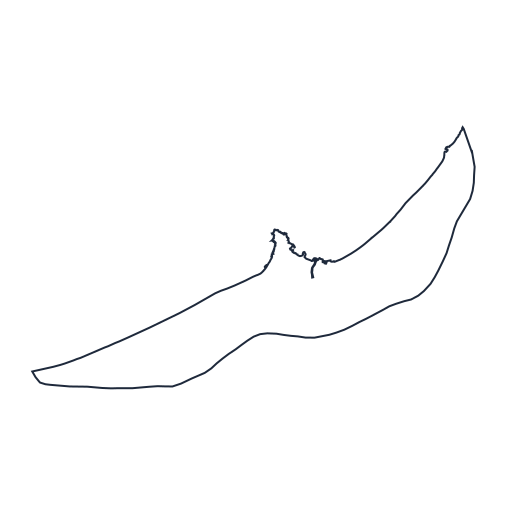 outline of Al Mukalla City, Hadramawt, Yemen, rotated 188°
{"feature_id": "15242507B50581943106199", "entity_name": "Al Mukalla City", "entity_type": "district", "adm_level": 2, "iso_a3": "YEM", "parent_name": "Yemen", "parent_adm1": "Hadramawt", "projection": "natural_earth1", "projection_center": [49.141, 14.533], "detail": "fine", "context": "isolated", "style": "outline", "palette": "slate", "viewbox_px": 512, "rotation_deg": 188, "n_neighbors": 0, "source": "geoboundaries", "source_scale": "gbopen_adm2", "svg_char_len": 5854}
<svg xmlns="http://www.w3.org/2000/svg" viewBox="0 0 512 512"><g transform="rotate(188 256 256)"><path d="M405.0,103.1L389.9,103.9L380.8,104.8L373.6,106.0L359.9,107.9L343.8,111.6L335.3,113.4L327.2,114.3L320.5,115.2L312.5,119.2L302.5,125.8L290.4,133.2L284.6,138.5L280.0,144.2L274.8,149.8L269.2,155.4L263.1,160.8L258.0,165.9L252.7,171.0L247.1,175.8L241.0,179.2L234.0,181.0L224.9,181.9L217.7,181.7L210.3,181.8L203.4,182.2L195.5,182.1L186.6,183.3L172.4,188.2L165.8,191.3L158.3,195.3L151.3,200.0L144.3,205.1L138.0,209.3L123.2,220.0L116.9,224.8L110.6,228.2L102.9,231.9L96.4,234.5L89.8,239.3L84.9,244.6L79.3,252.7L76.1,259.8L73.5,266.8L70.3,276.6L67.7,285.3L66.4,293.2L64.8,301.4L63.5,310.9L61.9,318.3L51.9,342.2L50.6,350.6L50.5,358.8L51.3,366.5L51.9,374.7L56.6,389.3L56.8,389.0L68.0,410.8L69.3,412.3L69.7,411.2L69.4,410.3L69.5,409.5L70.3,408.6L71.3,406.1L71.2,405.6L71.4,404.7L72.2,404.0L72.3,403.7L72.3,402.8L72.6,402.1L73.2,401.5L74.0,400.2L74.0,399.8L75.4,396.7L76.7,394.7L78.5,392.7L79.5,392.0L79.6,391.7L79.5,391.4L79.8,391.0L81.3,390.9L81.8,390.4L82.1,390.5L82.7,390.1L83.3,388.4L83.1,388.3L81.2,388.1L81.0,387.7L81.0,387.0L81.9,386.0L82.0,385.7L83.2,385.8L83.6,385.5L83.8,384.9L83.7,383.2L83.5,381.9L83.6,381.6L83.5,379.9L83.7,378.8L84.7,375.6L88.5,368.4L88.8,368.0L90.4,364.8L92.5,361.5L92.7,360.9L94.0,359.1L96.3,355.1L98.6,351.4L100.2,349.2L100.3,348.9L100.6,348.6L106.1,341.2L109.0,337.7L115.3,329.1L119.3,322.0L122.8,316.8L123.6,315.2L127.7,309.2L127.8,308.7L128.1,308.7L133.6,301.6L135.6,299.2L143.5,290.4L144.0,290.2L144.0,289.9L149.8,283.3L151.6,281.4L153.8,279.2L157.7,275.5L162.2,271.6L170.2,265.4L171.2,264.8L172.1,264.1L173.3,263.5L177.3,261.2L177.9,261.1L178.2,261.3L178.3,261.6L179.8,260.9L180.7,260.9L181.5,261.2L181.6,261.4L181.5,261.8L181.6,262.1L185.4,260.7L185.6,260.5L188.2,260.5L188.2,260.3L186.3,260.2L185.7,260.3L185.4,260.0L185.2,259.6L185.5,258.3L185.6,258.1L187.1,258.3L187.4,259.2L185.6,259.5L189.1,259.2L189.3,260.1L189.4,261.8L190.5,262.1L191.4,262.0L191.9,262.2L192.6,262.8L192.9,262.8L193.9,260.8L194.2,260.6L194.8,260.7L195.4,259.7L196.0,258.4L196.5,255.7L198.1,252.8L198.4,251.7L198.2,249.8L198.2,247.5L196.4,242.9L197.4,242.5L198.0,245.4L198.8,247.7L198.9,251.6L198.8,252.3L197.0,256.1L196.6,258.6L195.6,260.8L195.8,260.8L196.0,260.5L195.9,260.2L196.6,259.1L197.2,259.1L197.6,259.2L197.7,259.4L197.5,260.1L196.8,261.0L196.4,261.0L195.8,261.5L195.6,261.2L195.5,260.9L195.2,261.6L195.7,261.9L196.2,261.9L197.3,262.1L198.2,261.8L199.0,260.5L199.4,259.2L199.7,258.9L200.2,258.8L201.2,259.3L205.9,260.3L207.8,261.7L207.7,262.6L207.3,263.1L207.4,263.3L207.3,263.6L207.2,264.4L207.1,264.7L207.9,265.7L208.4,266.1L208.4,266.5L208.6,266.6L208.9,266.7L209.7,266.2L210.0,264.9L209.7,264.2L209.6,263.9L210.1,263.2L210.6,262.7L212.0,262.1L212.8,262.0L214.4,262.5L215.1,262.9L215.2,263.2L215.5,263.1L216.8,263.9L216.9,264.2L217.2,264.4L217.4,264.3L217.6,264.1L219.0,264.4L219.1,264.7L219.4,264.6L219.9,264.9L220.2,265.0L220.2,265.3L220.5,265.5L219.8,267.8L220.0,267.6L220.6,265.9L222.4,267.1L222.8,267.7L223.1,267.5L223.4,268.0L223.2,268.3L222.8,268.2L222.7,268.4L221.1,271.4L219.7,270.4L219.5,270.7L219.1,269.8L218.8,270.0L218.9,270.4L219.5,271.2L221.1,272.7L222.3,272.6L222.5,272.8L223.5,273.2L224.0,273.4L224.8,273.3L225.1,273.6L225.7,273.6L225.7,274.7L225.5,274.8L226.2,276.3L226.3,276.6L226.2,276.7L226.5,276.6L226.3,277.2L226.2,277.3L226.2,277.9L226.4,278.1L226.8,278.1L226.8,278.5L227.3,278.5L227.5,278.5L228.0,278.8L228.0,279.4L228.4,279.7L228.4,280.3L228.6,280.5L228.8,281.1L229.1,281.3L228.9,282.3L229.5,282.6L229.9,282.4L230.7,282.7L230.8,282.3L230.7,282.1L230.7,281.6L231.0,281.2L231.6,281.1L232.1,281.5L232.2,282.4L232.9,282.5L233.6,282.1L234.7,282.5L234.8,283.1L235.4,283.4L236.1,283.0L236.8,283.3L237.2,283.5L237.2,284.0L237.5,284.5L237.7,284.4L238.1,284.7L238.6,284.8L239.1,284.4L239.7,284.2L240.2,284.7L240.6,284.6L241.0,284.8L241.3,284.8L241.5,284.5L241.4,284.2L241.6,283.8L241.5,283.3L241.6,282.7L241.8,282.3L241.7,282.2L241.8,281.7L242.5,281.0L242.5,280.7L242.7,280.9L243.4,280.6L243.0,280.2L242.9,279.9L242.7,280.0L242.2,279.7L241.5,279.8L241.0,279.3L240.8,278.7L241.2,277.1L240.7,276.4L240.8,275.9L240.9,275.7L241.2,275.7L241.6,275.2L241.8,274.5L242.5,273.6L242.2,273.7L242.1,274.0L242.0,273.3L241.7,273.2L241.6,273.5L241.3,273.3L241.2,273.5L241.2,273.3L240.9,272.9L240.7,273.3L240.4,273.4L239.8,273.0L239.7,272.7L239.8,272.4L239.5,272.3L239.6,272.2L239.2,271.9L238.9,272.2L238.7,271.9L238.6,271.6L238.3,271.5L238.5,270.7L238.8,270.8L238.9,270.5L238.4,270.1L238.2,269.1L238.4,269.0L238.4,268.8L238.7,268.8L238.8,268.6L238.9,266.4L239.1,265.8L238.9,265.5L239.2,265.1L239.0,264.6L239.1,264.3L239.2,263.9L239.4,263.9L239.5,263.4L239.4,263.3L239.3,263.8L239.1,263.7L239.1,263.4L239.1,262.8L239.3,262.7L239.6,263.0L239.4,263.3L239.6,263.4L239.9,262.4L239.7,261.7L240.0,261.1L239.8,261.4L239.6,261.0L239.2,260.8L239.1,260.5L239.8,260.4L239.9,260.8L240.0,260.8L239.9,260.5L240.2,260.2L240.2,258.9L240.5,258.1L240.1,258.2L240.0,257.6L240.3,257.5L240.6,257.9L240.6,257.7L240.2,257.0L240.2,256.2L241.3,253.6L241.3,253.3L241.8,251.9L242.3,251.2L243.3,248.6L243.5,248.6L243.4,248.4L243.7,247.8L244.0,247.6L244.7,248.0L244.9,248.0L245.4,247.6L245.1,247.8L244.7,247.9L243.8,247.4L244.3,246.1L244.6,245.8L244.8,245.7L245.6,246.2L245.7,246.5L245.5,246.9L245.6,247.0L245.7,246.9L245.8,246.7L245.7,246.2L245.1,245.7L244.9,245.0L245.4,244.3L245.5,243.9L246.2,243.1L246.7,242.0L247.0,241.9L247.6,240.9L249.1,239.2L252.0,237.3L252.6,237.1L256.1,235.0L262.8,230.3L273.2,223.7L280.1,219.7L285.9,216.7L291.2,213.4L309.9,198.9L323.8,188.8L351.2,170.4L371.2,157.6L379.5,152.4L383.4,150.2L390.0,146.0L393.0,144.4L415.6,130.7L419.1,129.0L422.2,127.2L430.4,122.9L434.4,121.0L441.2,118.1L461.5,110.5L457.5,105.4L453.4,101.6L452.2,100.6L446.7,99.7L441.8,99.8L422.1,100.9L405.0,103.1Z" fill="none" stroke="#1e293b" stroke-width="2"/></g></svg>